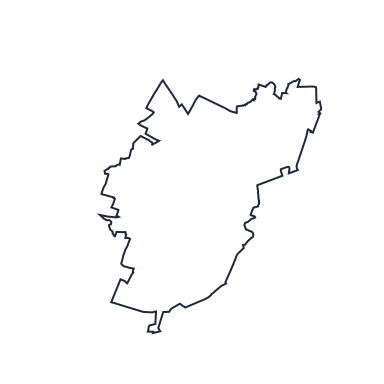 Tarimoro, Guanajuato, Mexico (Natural Earth projection), rotated 23°
{"feature_id": "50627088B52975433563900", "entity_name": "Tarimoro", "entity_type": "district", "adm_level": 2, "iso_a3": "MEX", "parent_name": "Mexico", "parent_adm1": "Guanajuato", "projection": "natural_earth1", "projection_center": [-100.75, 20.293], "detail": "fine", "context": "isolated", "style": "outline", "palette": "slate", "viewbox_px": 384, "rotation_deg": 23, "n_neighbors": 0, "source": "geoboundaries", "source_scale": "gbopen_adm2", "svg_char_len": 5895}
<svg xmlns="http://www.w3.org/2000/svg" viewBox="0 0 384 384"><g transform="rotate(23 192 192)"><path d="M121.5,100.5L120.8,103.3L119.9,109.9L118.9,115.9L118.0,122.9L117.3,128.8L117.2,132.7L123.2,133.0L125.7,133.6L125.4,134.9L125.1,135.9L122.8,140.3L121.2,143.2L120.0,144.8L119.2,145.7L117.9,146.7L117.6,147.0L116.9,148.4L115.9,150.1L119.4,150.8L123.8,151.0L126.1,151.0L126.4,154.4L126.5,156.5L136.1,157.6L138.8,157.8L141.7,157.7L140.2,159.9L138.5,161.9L136.5,164.6L136.7,163.4L136.5,162.7L136.2,162.1L132.9,161.5L131.9,161.0L129.9,161.1L122.8,160.5L118.9,170.1L120.8,175.3L119.6,176.4L119.7,177.0L119.6,177.3L119.7,178.2L120.3,181.8L120.6,182.1L120.5,185.5L118.1,186.7L117.7,187.7L113.5,188.8L113.4,188.9L114.8,195.1L114.2,195.1L113.7,195.3L112.0,197.0L111.8,198.0L110.8,198.6L109.3,199.2L106.9,200.6L106.9,201.3L106.4,202.2L105.9,202.4L105.9,203.4L105.5,203.5L105.1,204.0L103.2,206.9L104.0,207.8L104.9,209.2L108.0,207.8L108.1,207.5L108.9,214.5L109.0,215.6L109.3,217.9L109.3,218.6L109.2,219.6L108.8,222.6L109.0,225.2L109.4,229.3L116.7,228.3L122.0,227.6L121.9,228.1L123.6,228.3L124.1,233.9L123.8,237.7L131.3,237.2L131.4,237.3L131.4,237.9L131.7,242.5L131.7,243.5L131.9,243.6L132.7,243.4L133.8,243.4L134.3,243.5L132.4,244.9L123.8,247.6L123.0,247.8L122.6,247.8L116.3,249.1L121.8,251.1L125.1,251.2L126.3,250.4L127.3,250.3L128.2,250.5L129.3,251.0L129.6,251.3L129.6,251.7L129.9,252.9L129.9,253.3L129.7,253.3L128.5,255.0L128.6,255.3L129.3,256.2L131.3,258.2L131.6,258.8L132.1,258.9L132.8,258.9L133.2,259.0L134.6,259.8L134.8,259.9L134.8,260.6L134.8,260.8L135.3,261.0L136.0,261.7L136.4,261.9L137.0,262.4L137.3,262.5L137.6,262.9L138.4,262.9L138.3,259.9L138.1,258.3L144.4,255.8L146.3,254.9L146.5,255.2L146.8,255.4L146.9,255.8L147.1,256.5L147.3,256.5L147.7,256.6L148.0,256.7L148.6,260.3L151.6,259.2L153.3,259.4L153.4,260.6L153.3,261.3L153.6,266.4L153.5,268.8L153.2,270.6L153.5,276.6L153.8,278.7L154.4,281.8L154.8,285.4L155.5,286.1L156.6,286.5L157.1,286.5L157.6,286.8L158.7,287.0L161.0,286.5L163.5,286.3L164.7,286.1L168.3,285.3L168.5,288.0L168.7,288.7L168.9,288.9L169.4,289.1L169.1,290.0L168.6,293.1L168.4,296.9L168.0,301.4L166.2,300.9L165.6,300.4L164.9,300.3L163.7,300.2L163.0,300.4L160.3,300.3L160.5,309.2L160.6,317.6L160.7,325.0L165.7,324.4L167.0,324.3L188.7,322.0L194.1,321.4L201.8,318.6L202.1,318.5L202.7,318.2L203.0,317.9L203.3,317.8L203.7,317.2L204.1,316.9L205.6,316.0L209.8,327.8L204.9,331.6L205.0,333.7L205.7,336.0L205.8,336.1L205.9,337.8L210.9,335.8L211.1,337.2L217.2,332.6L214.1,330.4L212.4,313.7L217.8,311.2L218.4,307.8L219.4,306.3L224.4,299.7L226.5,299.9L227.1,300.3L230.3,300.8L230.9,301.0L246.4,284.9L248.5,282.2L249.5,280.0L250.0,278.0L250.7,277.2L252.8,272.6L255.9,266.7L259.2,262.9L258.0,261.9L258.2,249.9L258.2,240.3L258.1,235.7L257.9,234.1L258.1,231.3L261.5,223.4L259.7,220.8L261.5,219.8L262.2,216.6L263.1,214.2L264.8,210.7L265.5,209.8L265.6,208.7L265.0,207.1L264.1,206.0L263.1,205.4L261.9,205.2L258.9,205.4L258.1,205.1L257.7,205.1L256.5,205.4L256.2,205.4L254.7,203.6L253.1,202.1L253.0,199.6L254.3,198.5L255.2,197.5L255.7,196.7L257.1,193.7L258.2,192.7L259.6,191.7L260.1,190.6L259.3,190.1L258.5,190.1L257.8,189.9L257.3,189.9L256.6,190.3L256.0,190.4L254.9,190.2L254.8,188.7L254.7,185.7L254.6,185.0L254.8,184.0L254.7,182.9L254.8,182.2L255.5,181.8L255.7,181.5L256.9,180.8L257.5,180.1L258.0,179.8L258.3,179.6L258.4,179.3L258.2,178.5L258.2,177.3L258.3,176.7L258.3,176.2L258.1,175.9L257.8,175.9L257.7,175.7L257.8,175.1L257.5,174.8L257.3,174.5L257.2,173.8L256.6,173.5L256.3,172.7L255.9,172.4L255.6,171.3L255.5,171.2L255.2,171.1L255.1,170.9L255.0,170.3L254.8,169.9L254.4,169.0L254.0,168.6L253.6,167.8L253.2,167.4L253.1,167.0L252.7,166.2L252.4,165.1L250.7,162.7L249.9,161.3L249.5,160.2L268.9,141.7L267.7,140.5L265.5,137.8L264.9,136.4L269.4,132.1L269.9,131.9L270.7,131.2L271.6,131.2L272.4,132.0L272.9,133.5L273.8,137.0L280.8,130.5L280.4,130.2L279.4,129.3L278.7,128.4L278.3,127.6L278.1,126.9L277.9,126.0L277.8,125.1L277.7,122.9L277.4,118.8L277.3,117.6L276.0,100.8L275.5,96.2L274.2,89.2L274.4,88.9L275.2,89.1L277.8,89.4L277.7,90.4L278.6,90.3L280.1,90.2L279.3,71.1L278.3,71.0L279.2,69.4L277.2,68.8L278.6,65.3L274.4,58.9L272.7,60.4L271.8,61.4L268.7,54.6L266.2,49.0L265.2,47.1L262.4,47.5L248.2,54.0L247.5,46.6L246.0,46.2L243.9,49.7L242.9,49.7L238.5,55.1L238.7,55.3L238.9,55.6L239.1,56.2L239.0,57.2L239.1,57.5L239.0,58.4L239.2,59.1L239.1,59.4L238.9,59.6L239.0,60.3L238.9,61.0L239.3,62.4L239.6,63.8L239.9,64.1L240.2,64.2L236.3,65.6L237.4,71.5L236.9,71.5L235.9,71.8L235.8,71.5L233.4,70.9L232.7,70.8L231.6,70.2L231.2,70.1L229.0,69.9L229.2,68.9L228.8,67.3L228.6,65.8L227.9,64.7L227.5,63.8L227.5,63.1L227.7,62.7L225.8,60.8L223.5,59.9L222.9,59.9L222.5,60.1L221.8,60.2L221.1,60.8L220.8,61.2L220.4,62.0L220.2,63.1L219.8,63.7L219.5,64.0L219.2,64.2L218.9,64.6L219.1,65.4L219.0,65.8L218.7,66.5L214.8,66.7L214.8,66.8L213.1,67.0L212.9,66.9L211.3,67.0L211.8,68.4L212.2,69.9L211.8,70.3L212.3,71.2L212.1,71.6L211.0,72.1L211.0,72.4L209.9,73.1L209.1,72.9L208.9,73.5L209.1,74.0L209.2,74.7L209.6,74.8L210.1,74.7L210.9,74.9L211.2,74.8L212.1,75.6L212.3,75.9L212.6,76.1L212.9,76.2L213.1,76.4L213.1,76.9L212.9,79.2L213.1,79.6L213.0,80.1L213.2,80.7L213.2,81.0L213.6,81.7L213.9,81.7L213.9,82.1L213.3,82.2L212.9,82.3L213.0,82.4L212.7,82.7L212.9,83.6L211.6,83.5L211.6,83.8L210.9,84.6L210.9,84.9L210.9,85.1L210.9,85.6L210.7,86.2L210.3,86.4L209.6,87.3L209.3,87.5L208.7,87.9L208.2,88.7L208.3,89.2L208.2,89.6L207.9,89.9L207.6,90.2L207.1,90.3L207.1,91.1L206.7,90.9L205.1,92.8L204.9,92.8L204.8,92.6L204.3,93.0L199.9,95.7L201.7,100.8L201.9,100.7L202.1,101.0L202.2,101.9L199.3,102.1L197.5,102.4L195.3,102.6L190.7,102.0L187.7,101.8L162.7,100.6L162.2,100.9L161.5,100.7L161.4,100.5L161.2,100.4L160.7,100.7L159.6,105.1L159.4,106.6L159.1,108.8L159.1,111.0L158.1,119.6L157.8,121.7L151.8,117.5L151.3,117.3L148.4,115.3L146.9,118.6L142.2,114.1L139.2,112.2L136.7,110.4L125.9,103.5L121.5,100.5Z" fill="none" stroke="#1e293b" stroke-width="2"/></g></svg>